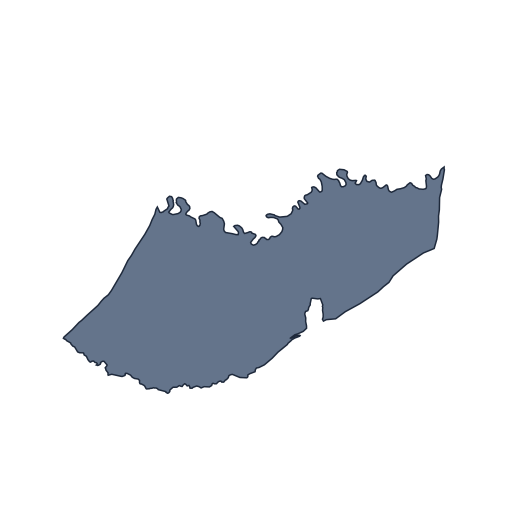 Ahuas, Gracias a Dios, Honduras, rotated 56°
{"feature_id": "27666195B1442019449651", "entity_name": "Ahuas", "entity_type": "district", "adm_level": 2, "iso_a3": "HND", "parent_name": "Honduras", "parent_adm1": "Gracias a Dios", "projection": "mercator", "projection_center": [-84.342, 15.493], "detail": "fine", "context": "isolated", "style": "filled", "palette": "slate", "viewbox_px": 512, "rotation_deg": 56, "n_neighbors": 0, "source": "geoboundaries", "source_scale": "gbopen_adm2", "svg_char_len": 6127}
<svg xmlns="http://www.w3.org/2000/svg" viewBox="0 0 512 512"><g transform="rotate(56 256 256)"><path d="M349.4,104.1L343.1,96.6L340.4,94.2L330.1,85.7L324.9,82.3L320.3,78.2L310.2,71.1L304.5,64.8L302.7,64.1L301.0,62.7L296.7,58.0L289.8,51.5L289.1,51.4L287.4,50.3L287.6,53.7L288.5,55.7L290.8,58.1L291.7,59.6L292.2,61.3L292.2,64.5L291.6,66.0L289.9,66.9L287.0,66.9L285.2,67.4L284.1,68.6L284.1,70.4L287.5,71.8L288.1,72.7L289.0,73.3L293.6,75.7L294.8,76.8L295.1,77.7L294.2,80.1L291.6,83.3L289.5,84.4L288.6,85.3L286.9,85.6L284.9,86.5L282.8,86.4L281.4,87.3L281.6,90.8L282.2,92.3L282.2,94.9L281.0,98.7L279.5,101.9L279.5,104.6L278.9,108.1L276.9,109.2L275.2,109.2L271.7,107.8L270.5,107.8L269.9,108.3L270.2,112.4L269.9,114.2L269.3,115.1L267.8,115.9L265.5,116.5L264.4,116.5L262.0,115.3L260.6,115.3L260.0,115.0L259.4,115.3L258.2,117.4L258.2,120.6L256.2,122.3L253.6,122.0L251.5,120.0L250.1,120.3L249.8,121.1L250.4,122.0L250.4,122.6L252.7,125.5L254.4,129.0L254.4,130.8L252.9,132.8L251.2,133.1L250.6,132.5L250.6,132.0L249.7,130.5L249.2,130.8L247.4,134.0L245.9,135.4L243.6,136.3L240.7,136.0L239.0,135.1L237.8,133.4L236.9,133.1L233.7,134.8L230.8,138.3L230.8,140.7L231.7,141.5L231.9,142.4L234.0,143.6L234.6,143.3L236.3,143.3L238.1,142.4L239.5,141.3L242.1,140.1L245.3,140.4L247.1,141.3L247.7,142.8L247.4,144.8L246.5,146.3L245.0,146.6L242.1,145.7L240.7,145.7L240.4,145.4L238.0,145.7L237.2,146.5L236.3,148.3L235.1,149.7L232.8,151.5L229.0,153.5L224.3,155.0L223.5,155.9L223.7,159.5L224.3,160.3L226.6,160.7L228.1,160.1L231.0,160.4L235.3,162.2L238.5,164.3L239.1,165.2L239.0,166.7L238.5,167.5L232.6,168.3L232.0,168.9L231.2,169.2L230.6,170.1L230.3,171.5L232.6,172.4L233.4,173.3L234.0,174.5L233.9,179.2L233.3,180.9L233.3,181.8L233.9,182.7L234.8,183.6L235.6,183.9L240.0,183.6L240.6,183.4L241.2,183.7L241.4,184.2L240.5,186.6L235.6,188.0L234.4,189.1L234.1,190.0L234.7,191.2L240.2,192.4L241.0,193.0L241.3,193.9L240.7,194.8L236.9,195.3L236.1,195.9L235.8,196.7L236.0,198.2L237.2,199.4L238.3,199.7L238.9,200.3L240.6,203.2L240.6,207.9L237.0,214.6L232.9,217.8L232.3,217.7L228.8,220.9L227.9,223.0L227.9,224.4L228.1,225.0L229.0,225.3L229.6,225.3L231.1,224.5L232.3,222.1L234.0,219.8L237.3,217.5L238.7,217.5L240.7,218.1L243.7,217.6L247.4,217.9L248.9,219.1L250.3,220.9L251.4,224.7L251.1,228.5L250.2,230.2L249.0,231.1L248.4,232.0L248.4,233.7L249.3,235.2L249.2,236.7L248.1,238.1L246.9,238.1L246.0,238.7L245.4,238.7L244.2,240.1L243.9,241.0L243.9,242.4L244.5,243.3L244.5,244.8L245.3,245.4L245.3,246.3L246.2,248.0L246.2,250.1L245.6,252.1L243.5,253.2L241.8,252.9L240.4,248.8L240.1,246.5L239.2,244.7L237.8,244.4L234.6,246.7L234.0,246.4L233.1,246.7L232.2,248.1L232.2,249.0L231.0,252.8L229.5,253.1L226.6,252.2L224.6,252.1L221.7,253.0L220.2,254.1L219.0,256.4L219.0,257.9L226.0,257.1L227.2,257.7L228.3,258.9L227.1,260.6L224.2,263.2L219.5,268.1L217.4,268.4L215.7,267.8L211.7,264.2L209.1,263.3L205.9,263.0L203.8,264.4L196.8,266.4L194.5,267.5L193.6,269.6L193.5,272.2L193.8,273.4L192.6,277.7L191.7,279.5L191.7,280.9L192.8,282.1L194.9,282.4L196.6,283.6L197.8,283.9L199.2,285.4L199.5,286.9L198.3,287.7L196.6,287.7L192.5,285.9L191.1,285.9L187.2,288.2L185.5,288.8L183.1,290.8L182.0,290.8L181.1,289.3L180.6,287.2L180.6,286.1L179.7,284.3L178.0,283.4L176.8,283.4L174.8,284.0L171.6,283.9L170.7,283.3L170.2,283.3L167.5,284.4L165.8,285.6L164.0,287.6L164.3,290.0L165.1,290.8L166.9,291.7L167.1,292.3L170.0,292.4L172.4,291.5L175.6,291.9L176.7,293.0L177.3,294.2L177.3,296.8L175.5,301.2L174.9,302.1L171.9,303.8L170.8,303.8L169.7,300.3L169.4,298.2L168.8,297.0L167.4,295.5L166.5,295.2L165.9,294.7L164.5,294.3L163.6,293.5L162.8,293.4L161.6,292.9L159.6,292.8L158.1,294.3L158.4,296.9L158.9,298.1L165.9,300.2L166.4,301.7L167.3,302.9L167.3,307.5L167.5,308.1L166.9,310.4L166.0,311.3L160.2,310.4L161.4,312.8L164.8,316.5L167.7,321.7L171.3,327.0L175.9,336.1L182.6,352.4L185.8,358.8L188.1,364.8L194.8,376.4L203.8,395.2L205.6,400.1L206.0,405.6L207.0,409.7L208.6,414.7L210.7,429.5L211.9,436.7L212.1,439.9L214.3,449.5L215.8,460.4L216.5,461.7L218.0,461.1L218.6,460.5L220.4,460.3L224.4,458.3L225.3,458.6L228.2,458.3L230.0,457.2L235.8,457.5L237.5,456.4L239.6,453.5L240.2,453.2L241.9,453.8L244.3,452.7L248.0,453.3L250.6,453.1L251.5,452.5L251.5,450.7L252.4,449.3L254.2,449.0L255.3,447.9L256.5,447.9L257.1,448.8L257.1,449.3L258.2,448.5L258.5,447.6L258.6,445.6L258.0,444.7L257.4,444.4L257.4,443.2L257.4,442.3L258.3,440.9L263.0,440.4L263.6,441.0L264.4,443.6L265.3,443.6L266.7,444.2L270.2,444.0L271.1,444.8L272.2,445.2L273.4,441.7L280.5,435.0L281.1,434.2L281.7,431.6L281.4,430.7L280.8,430.7L280.3,429.8L281.1,428.6L284.6,426.6L287.3,426.4L289.6,425.2L292.0,422.6L294.0,422.1L295.7,423.3L296.9,423.6L297.5,423.3L297.8,422.7L300.4,421.3L301.6,421.0L304.5,421.3L305.0,421.1L306.5,418.5L306.5,417.9L307.4,416.4L308.0,414.4L308.6,414.1L309.5,412.7L311.0,411.8L312.1,411.8L318.0,406.6L318.6,406.9L320.3,406.1L320.6,405.2L320.4,404.0L320.1,403.2L319.2,402.6L318.9,402.0L318.4,398.2L320.5,395.0L320.5,392.1L322.3,390.9L322.9,390.1L322.3,388.9L322.0,386.6L322.9,386.0L325.2,385.7L325.8,384.0L327.0,384.0L328.7,384.6L329.9,382.9L329.7,381.7L330.6,377.9L332.6,376.2L334.7,375.3L335.3,372.1L338.5,367.8L338.6,365.2L337.4,363.7L337.5,362.8L338.9,361.7L339.8,360.2L339.3,358.2L339.3,356.7L339.9,355.3L340.2,355.0L341.3,355.0L342.5,353.3L341.7,350.6L342.0,349.7L341.4,347.1L340.0,345.3L340.3,343.3L340.9,341.8L347.7,337.3L351.8,331.8L351.8,330.9L351.2,330.0L350.1,329.4L350.1,327.1L351.4,321.5L349.9,320.1L349.1,318.3L350.1,315.9L350.9,309.9L349.8,299.8L348.0,291.5L346.9,279.5L346.3,278.4L345.8,274.2L345.5,273.4L345.7,269.8L346.9,264.7L346.6,263.9L346.0,264.2L344.5,267.5L343.9,272.1L343.7,273.1L343.3,273.3L343.0,267.8L343.9,264.9L344.9,258.9L344.2,254.5L342.2,253.2L338.1,251.5L335.2,249.4L331.5,248.1L330.7,247.4L329.7,245.9L330.3,243.7L329.4,242.2L328.5,241.5L327.6,240.1L326.9,238.4L325.9,237.8L322.2,234.0L322.3,233.1L326.1,228.8L327.3,226.4L334.0,228.0L334.9,229.2L335.8,229.3L338.2,231.2L341.7,232.8L344.2,234.5L345.6,236.3L347.7,236.5L348.1,233.3L352.6,225.1L352.1,213.1L353.6,196.6L353.9,175.1L352.7,167.4L352.2,160.5L349.1,153.5L346.9,135.7L347.1,115.4L349.4,104.1Z" fill="#64748b" stroke="#1e293b" stroke-width="1.5"/></g></svg>